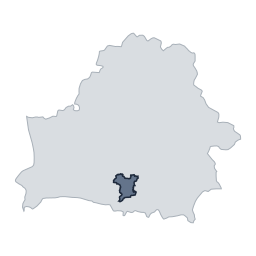 location of Zhytkavichy, Gomel, Belarus
{"feature_id": "67162791B281573745440", "entity_name": "Zhytkavichy", "entity_type": "district", "adm_level": 2, "iso_a3": "BLR", "parent_name": "Belarus", "parent_adm1": "Gomel", "projection": "albers", "projection_center": [27.845, 52.192], "detail": "fine", "context": "in_parent", "style": "filled", "palette": "slate", "viewbox_px": 256, "rotation_deg": 0, "n_neighbors": 0, "source": "geoboundaries", "source_scale": "gbopen_adm2", "svg_char_len": 7294}
<svg xmlns="http://www.w3.org/2000/svg" viewBox="0 0 256 256"><path d="M221.3,188.8L216.7,188.8L211.2,189.2L208.2,191.5L204.9,190.6L202.5,191.9L197.4,198.0L195.4,201.3L193.5,206.2L192.4,209.9L193.2,212.4L194.3,214.7L194.6,217.3L195.2,219.2L193.9,220.7L193.2,222.8L190.9,222.6L187.9,220.7L187.3,217.8L185.0,215.8L183.5,214.8L181.2,214.8L177.4,215.8L172.5,216.7L168.8,216.9L166.8,218.0L163.8,219.1L162.6,217.9L160.8,214.7L159.4,211.4L158.5,210.0L157.6,209.6L156.6,209.7L155.5,210.8L154.6,211.9L151.5,213.1L150.2,214.3L148.7,217.3L147.7,217.1L146.7,216.5L145.4,213.1L143.8,212.4L141.2,212.3L138.0,211.6L135.3,210.6L134.4,210.9L132.8,212.3L131.1,212.5L127.4,211.3L126.7,211.8L124.6,215.6L123.6,215.7L123.0,215.3L123.3,212.0L121.2,210.9L117.5,210.7L115.0,211.1L113.7,211.0L113.1,210.4L110.1,204.9L108.4,204.6L105.5,204.8L101.1,204.1L96.2,202.8L93.4,202.3L92.0,201.0L88.9,200.6L80.7,198.1L77.4,197.6L72.4,197.4L64.9,196.6L60.1,196.7L57.8,197.4L55.2,197.8L46.2,198.0L42.9,198.5L42.0,199.6L40.8,202.0L36.9,206.1L33.1,208.8L32.4,209.0L30.4,207.4L28.7,206.8L26.6,206.5L25.1,206.9L24.2,207.5L24.1,210.9L23.9,211.2L22.5,207.1L22.9,203.6L23.9,201.6L25.0,199.8L24.8,197.0L26.0,193.4L26.2,190.8L25.8,189.6L25.0,188.3L22.8,186.7L21.9,185.5L18.8,183.8L15.8,181.7L15.4,180.5L15.6,179.7L16.2,178.5L18.8,175.1L21.5,171.9L23.3,170.6L32.2,166.7L33.6,165.2L34.1,162.6L34.2,157.4L34.0,152.5L33.5,149.2L32.2,142.9L28.5,129.8L26.6,116.4L28.3,117.3L32.3,117.8L35.6,117.0L37.2,117.0L38.7,117.4L42.9,116.9L43.9,118.1L45.7,119.2L49.5,117.9L52.9,116.2L56.2,116.5L56.8,115.6L57.8,110.9L58.9,110.0L62.9,110.6L64.4,109.8L66.1,107.5L68.5,106.2L70.5,106.2L72.6,104.7L73.6,105.8L74.0,107.8L73.3,109.3L73.6,109.9L75.0,110.7L77.4,110.8L79.0,110.2L79.4,109.3L79.5,107.7L79.1,106.2L78.1,104.9L76.2,104.1L74.8,104.1L74.6,103.2L75.1,101.5L76.4,98.3L78.0,95.4L78.9,94.3L79.1,93.2L79.0,91.5L79.1,88.3L80.5,83.8L82.4,80.5L84.8,79.4L87.7,78.9L89.6,77.4L90.5,75.6L91.4,72.7L92.3,72.1L99.2,72.6L100.3,69.7L100.9,68.9L102.3,68.1L103.2,67.1L102.9,66.3L101.1,65.7L97.0,65.2L96.2,64.3L96.4,63.1L97.6,60.1L98.7,56.3L99.3,53.4L99.4,51.6L100.0,51.1L103.4,50.6L104.5,50.1L107.4,46.0L109.6,45.4L115.3,46.5L117.9,46.4L121.2,46.7L121.5,46.3L122.6,42.3L128.2,35.9L131.2,33.7L133.1,33.2L133.7,33.3L136.7,36.7L137.4,36.8L139.4,35.3L142.8,35.2L144.4,36.4L146.8,40.5L148.0,41.0L151.3,38.6L153.1,37.8L154.3,37.8L160.7,40.9L161.2,41.9L161.3,43.1L160.4,46.9L161.7,49.2L163.3,50.8L166.5,48.1L167.7,47.3L169.0,47.3L170.7,46.3L172.0,44.8L173.2,44.2L175.5,44.5L179.7,44.0L184.7,46.2L185.1,46.8L187.7,49.4L188.6,50.7L189.4,51.1L190.8,52.4L192.6,53.1L193.8,52.8L194.4,53.2L195.0,54.2L195.1,56.0L195.1,61.0L193.4,63.7L193.2,64.6L193.4,65.7L194.9,67.8L196.8,71.1L197.3,73.0L197.4,74.4L195.1,78.8L194.3,79.9L193.8,82.0L193.6,84.2L193.8,85.0L198.1,88.3L201.3,90.0L202.1,90.9L202.2,91.4L200.7,95.2L200.6,96.2L203.1,97.6L204.6,99.9L206.0,103.7L208.6,107.4L217.8,112.4L218.6,113.3L218.9,114.5L218.8,117.1L217.4,122.0L219.0,122.7L222.9,122.2L227.8,122.6L233.8,125.7L233.9,127.2L233.4,128.7L233.9,130.1L234.6,131.3L239.9,134.9L240.4,136.0L240.6,137.8L240.6,139.2L239.2,139.6L237.7,140.3L235.3,142.1L234.4,144.5L230.5,148.0L228.0,149.6L226.0,149.8L221.2,149.4L219.4,147.9L218.6,146.5L216.7,145.9L214.2,146.0L210.8,146.4L210.2,146.9L209.7,148.7L208.4,151.8L207.4,153.6L212.1,159.5L214.4,161.8L215.2,163.3L215.2,164.4L214.2,165.8L214.5,168.3L216.8,171.6L216.1,172.2L216.1,176.3L216.4,180.8L217.0,181.8L218.2,182.7L219.3,184.2L221.1,187.8L221.3,188.8Z" fill="#d9dde1" stroke="#a8b0b8" stroke-width="1"/><path d="M135.0,195.1L135.3,194.5L135.4,194.3L135.5,194.0L135.6,193.6L135.7,193.3L135.9,192.8L136.0,192.5L136.1,192.1L135.8,191.7L135.6,191.5L135.3,191.5L135.1,191.9L134.8,191.9L134.5,191.9L134.3,191.9L134.2,192.0L133.8,192.2L133.7,192.0L133.5,191.7L133.2,191.6L133.2,191.3L133.3,191.1L133.6,191.0L134.0,191.0L134.1,190.8L133.9,190.7L133.6,190.7L133.4,190.7L133.1,190.7L133.0,190.3L132.9,190.2L132.9,189.9L132.8,189.7L132.9,189.3L133.0,189.2L133.1,189.3L133.2,189.5L133.4,189.5L133.5,189.3L133.5,189.0L133.4,188.7L133.3,188.3L133.2,187.9L133.1,187.6L133.3,187.5L133.5,187.4L133.6,187.1L133.4,186.9L133.4,186.7L133.6,186.6L133.6,186.2L133.7,185.9L133.6,185.7L133.9,185.4L134.1,185.3L134.5,185.4L134.7,185.5L134.9,185.5L134.8,185.3L134.4,185.1L134.4,184.8L134.3,184.5L134.3,184.1L134.1,183.5L134.1,183.0L134.1,182.5L134.2,182.1L134.4,181.7L134.6,181.4L134.8,181.2L135.0,181.2L135.2,181.3L135.5,181.4L136.0,181.2L136.2,180.9L136.4,180.8L136.6,180.6L136.6,180.2L136.7,179.8L136.8,179.6L136.9,179.3L137.0,179.0L137.2,178.8L137.5,178.6L137.8,178.4L138.0,178.3L138.1,178.1L138.1,177.7L137.9,177.3L138.0,177.1L137.9,176.7L137.9,176.3L137.9,176.2L137.5,176.3L137.1,176.3L136.7,176.5L136.3,176.6L136.1,176.3L136.0,176.0L135.7,175.9L135.1,176.0L134.7,176.2L134.5,175.7L134.3,175.2L134.3,174.9L134.0,174.7L133.7,174.8L133.4,174.9L132.9,174.9L132.5,175.0L131.9,175.1L131.6,175.1L131.2,175.0L130.8,175.0L130.7,175.4L130.7,175.6L130.8,175.7L131.0,176.0L131.0,176.4L130.9,176.6L130.7,176.8L130.5,177.3L130.5,177.5L130.6,177.9L130.4,178.2L130.2,178.4L129.8,178.5L129.2,178.7L128.7,178.7L128.1,178.5L127.6,178.4L127.2,178.4L126.6,178.4L125.8,178.3L125.2,178.4L124.8,178.2L124.7,178.1L124.7,177.9L124.7,177.6L124.4,177.4L124.2,177.2L124.0,176.5L123.8,176.4L123.4,176.2L123.1,176.3L122.8,176.3L122.6,176.2L122.6,175.7L122.6,175.4L122.4,175.2L122.5,174.9L122.8,174.6L122.7,174.5L122.7,174.4L122.4,174.1L122.0,174.1L121.7,174.2L121.4,174.3L121.2,174.1L121.0,173.9L120.7,173.8L120.5,174.1L120.3,174.3L119.9,174.5L119.7,174.5L119.5,174.4L119.1,174.2L118.9,174.2L118.7,174.4L118.4,174.7L118.2,174.8L117.8,174.6L117.5,174.5L117.2,174.7L117.0,174.9L116.8,175.1L116.7,175.3L116.6,175.6L116.3,175.8L116.0,175.8L115.8,175.9L115.9,176.3L116.0,176.6L116.1,177.0L116.3,177.4L116.3,177.7L116.1,178.0L115.9,178.3L115.4,178.6L115.1,178.7L114.9,178.9L114.7,179.2L114.5,179.4L114.4,179.8L114.0,179.9L113.9,180.0L113.7,180.4L113.5,180.8L113.5,181.0L113.6,181.3L113.8,181.6L113.7,182.0L113.6,182.4L114.0,182.5L115.0,182.6L115.9,182.5L116.3,182.6L116.3,183.0L116.5,183.2L116.8,183.3L117.1,183.4L117.1,183.6L117.0,184.0L117.5,184.0L118.2,184.0L118.5,184.0L118.9,184.4L119.2,184.7L119.4,184.7L119.7,184.7L119.8,185.1L120.1,185.5L120.3,185.8L120.4,186.6L120.6,186.8L120.7,187.1L120.2,187.6L120.0,188.1L120.3,188.5L120.2,188.9L120.0,189.3L119.7,189.9L119.8,189.9L119.8,190.5L119.7,191.2L119.7,191.7L119.7,192.3L120.0,192.7L120.4,192.7L120.7,192.7L120.8,193.0L120.8,193.4L121.1,193.6L121.4,193.6L121.7,193.8L121.9,194.2L121.9,194.8L121.4,195.4L121.0,195.8L120.5,196.0L120.0,196.4L119.7,196.7L119.5,197.1L119.5,197.6L119.6,198.2L119.8,198.6L119.8,199.3L119.6,199.9L119.4,200.4L118.9,201.0L119.3,201.0L119.6,201.6L120.4,201.6L120.8,201.3L121.3,201.1L121.8,200.7L122.4,200.4L122.6,200.2L122.7,199.8L122.7,199.5L122.9,199.2L123.2,199.0L123.3,198.8L123.7,198.7L124.0,198.5L124.1,198.1L124.1,197.9L124.4,197.7L124.7,197.6L124.9,197.5L125.4,197.5L126.1,197.4L127.1,197.3L127.8,197.3L128.6,197.3L129.2,197.2L129.6,197.2L130.0,197.2L130.5,197.1L130.5,196.8L130.6,196.4L130.6,196.1L130.7,195.9L130.9,195.6L131.3,195.5L131.7,195.3L131.9,195.3L132.1,195.4L132.5,195.4L132.8,195.4L133.2,195.4L133.4,195.2L133.6,195.2L133.9,195.1L134.3,195.1L134.6,195.1L134.9,195.1L135.0,195.1Z" fill="#64748b" stroke="#1e293b" stroke-width="1.5"/></svg>